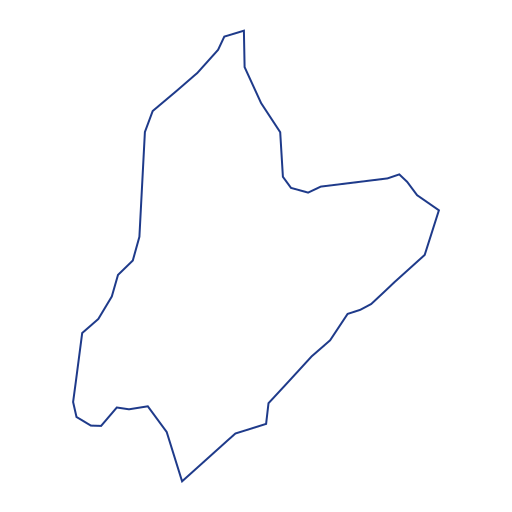 outline of Menoua, Ouest, Cameroon
{"feature_id": "32672807B11213510980510", "entity_name": "Menoua", "entity_type": "district", "adm_level": 2, "iso_a3": "CMR", "parent_name": "Cameroon", "parent_adm1": "Ouest", "projection": "equal_earth", "projection_center": [10.088, 5.433], "detail": "fine", "context": "isolated", "style": "outline", "palette": "blue", "viewbox_px": 512, "rotation_deg": 0, "n_neighbors": 0, "source": "geoboundaries", "source_scale": "gbopen_adm2", "svg_char_len": 762}
<svg xmlns="http://www.w3.org/2000/svg" viewBox="0 0 512 512"><path d="M182.1,481.3L227.4,440.6L235.4,433.5L266.1,423.9L268.5,403.2L286.3,384.0L295.4,374.1L311.7,356.3L320.0,349.1L330.1,340.3L347.6,313.9L360.3,309.8L365.4,307.1L371.2,304.0L384.5,291.6L394.4,282.2L424.7,254.9L438.9,210.3L417.1,195.2L407.2,181.9L399.3,174.4L387.5,178.4L320.8,186.6L308.1,192.6L291.0,187.9L282.9,176.8L280.2,132.2L261.1,103.1L244.6,67.1L243.9,30.7L224.3,36.6L218.1,49.8L197.2,73.1L194.7,75.2L176.7,90.8L152.7,111.0L144.9,132.0L139.4,236.8L132.8,260.5L118.0,274.9L111.8,296.5L98.3,319.0L82.2,333.0L75.7,382.7L73.1,402.0L76.5,417.0L90.9,425.6L101.1,425.9L116.8,407.5L129.0,409.3L147.8,406.3L166.7,432.0L180.7,476.9L182.1,481.3Z" fill="none" stroke="#1e3a8a" stroke-width="2"/></svg>